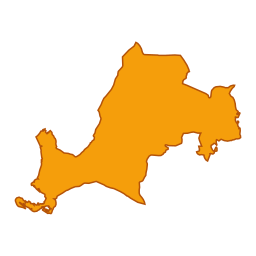 outline of Kampong Svay, Kâmpóng Thum, Cambodia
{"feature_id": "14789045B4566000056462", "entity_name": "Kampong Svay", "entity_type": "district", "adm_level": 2, "iso_a3": "KHM", "parent_name": "Cambodia", "parent_adm1": "Kâmpóng Thum", "projection": "mercator", "projection_center": [104.694, 12.753], "detail": "fine", "context": "isolated", "style": "filled", "palette": "amber", "viewbox_px": 256, "rotation_deg": 0, "n_neighbors": 0, "source": "geoboundaries", "source_scale": "gbopen_adm2", "svg_char_len": 5794}
<svg xmlns="http://www.w3.org/2000/svg" viewBox="0 0 256 256"><path d="M144.9,204.2L144.5,202.3L143.3,199.6L142.0,197.7L140.0,195.3L139.4,193.9L139.2,192.9L139.2,189.9L139.6,187.3L139.3,182.7L139.7,182.0L142.0,181.2L142.9,180.5L144.6,177.1L145.8,175.4L146.0,172.9L146.8,169.1L147.3,164.4L147.2,163.5L146.5,161.9L146.6,160.8L147.2,159.1L149.1,156.2L150.6,155.2L151.7,155.0L158.7,155.6L160.9,155.5L163.1,154.2L163.6,153.2L165.4,152.1L165.9,150.4L166.2,150.0L167.7,149.5L168.2,149.1L168.1,147.8L165.5,146.2L165.2,145.5L165.4,144.9L166.7,144.9L168.7,145.6L175.7,145.8L181.5,143.3L181.9,142.0L182.0,139.5L181.6,137.4L183.4,133.4L187.7,133.2L191.2,132.3L193.6,132.0L197.8,133.1L200.8,133.1L200.1,134.4L198.9,138.1L199.4,140.2L201.7,146.2L198.7,146.2L198.9,147.1L199.4,148.2L199.2,149.0L199.5,149.3L199.4,150.5L199.1,151.0L196.6,151.8L196.9,152.8L197.7,153.9L199.5,154.9L201.5,154.6L203.7,155.0L204.1,155.3L204.0,156.0L204.5,157.6L205.1,158.7L206.1,160.1L207.6,161.0L210.1,154.5L209.9,153.7L210.6,153.5L212.5,154.0L213.2,153.9L214.2,153.0L214.4,152.0L214.8,151.5L215.2,151.2L216.7,151.1L217.0,150.7L217.0,148.2L216.5,147.3L216.1,147.2L215.7,147.6L214.4,150.6L213.9,151.1L213.4,151.0L212.5,150.0L211.0,147.0L211.2,145.3L212.7,144.5L214.0,143.3L214.8,143.5L216.0,144.4L216.7,145.2L216.9,144.9L216.3,142.8L216.2,141.1L216.5,139.7L216.9,139.7L218.8,140.9L219.2,140.8L220.6,139.5L221.2,139.3L224.3,140.6L227.6,141.1L230.5,140.5L231.6,140.5L232.5,139.9L233.9,139.8L236.2,138.8L237.2,138.9L239.2,138.6L240.6,137.6L240.5,135.8L239.8,134.3L240.2,130.9L240.1,128.8L240.0,128.3L238.9,128.5L239.1,127.6L238.1,126.4L237.8,125.5L237.6,123.6L238.6,122.5L238.6,121.7L238.0,121.1L237.6,121.2L237.6,122.9L237.2,123.6L235.8,121.6L235.3,119.9L235.6,118.0L235.3,117.2L235.6,117.0L237.1,117.6L238.1,117.4L239.9,113.3L239.7,112.8L239.4,112.8L237.7,114.3L237.0,114.3L236.9,113.7L237.6,113.0L238.2,111.7L237.8,111.1L236.7,110.3L236.1,109.4L235.5,106.8L235.2,103.6L234.2,99.9L232.9,97.5L230.8,96.1L229.3,93.5L230.4,91.1L232.3,88.3L234.1,86.6L234.6,85.3L233.3,85.2L230.4,86.0L228.2,87.7L225.3,87.7L223.8,87.1L220.2,86.4L216.0,86.8L214.2,87.6L211.8,90.3L211.4,91.7L210.8,96.8L210.0,97.7L209.3,97.8L208.7,97.3L208.2,95.3L205.8,93.6L186.9,85.3L182.7,83.7L182.5,83.4L182.9,81.9L182.7,81.1L183.3,80.6L183.7,79.7L185.9,78.4L186.3,77.7L186.1,77.0L186.4,75.6L186.9,74.7L186.6,73.8L187.4,73.0L187.9,72.2L189.3,71.6L188.9,71.0L189.1,70.6L188.8,69.5L187.0,65.3L183.6,59.8L180.4,55.4L174.8,55.0L165.6,55.4L158.8,55.4L157.8,55.1L144.5,54.6L143.5,54.2L142.4,52.4L141.4,48.8L139.7,45.7L137.7,43.4L135.9,42.4L134.1,46.1L128.8,50.2L122.5,56.9L122.8,65.7L122.3,67.0L118.3,71.4L117.9,73.5L117.8,75.2L115.4,79.0L113.7,85.0L111.4,89.4L105.9,96.2L103.9,98.3L102.3,101.6L101.2,104.5L98.0,110.3L98.9,111.5L99.3,112.5L100.0,116.0L100.8,117.9L101.0,119.0L99.4,123.8L95.7,129.5L95.0,132.9L93.4,135.5L93.5,136.2L94.4,137.1L94.1,139.6L92.2,141.0L91.2,142.6L90.4,142.8L90.1,143.8L87.9,146.9L84.6,149.5L83.6,151.0L81.6,152.7L80.0,154.5L77.2,156.3L76.0,156.8L75.2,156.8L72.6,154.6L70.1,154.1L68.3,153.4L64.1,153.0L60.1,150.1L56.5,148.5L56.1,147.7L56.7,146.6L56.2,145.6L55.8,143.7L56.0,142.5L56.0,141.0L55.6,139.5L55.1,138.4L54.4,137.9L53.6,135.9L52.2,134.5L51.9,132.4L50.3,130.6L49.1,131.5L48.9,132.3L48.6,132.6L48.0,132.3L47.7,132.5L47.5,133.4L47.0,133.7L45.5,132.1L45.9,130.7L44.9,129.8L45.0,128.9L43.3,129.5L43.7,129.9L44.3,129.8L44.4,130.1L43.7,130.3L43.7,130.6L43.4,130.9L42.5,130.9L42.4,130.6L42.0,131.0L40.9,131.2L39.7,133.2L37.6,135.7L36.0,136.9L40.1,145.7L40.6,146.1L42.3,145.9L41.3,146.6L40.5,146.6L40.2,147.0L41.1,150.0L41.0,151.8L41.8,157.6L42.3,158.3L42.0,159.6L41.7,159.3L41.5,159.5L41.4,160.0L41.4,161.0L41.8,161.7L41.3,162.1L41.6,163.8L41.4,165.4L39.7,170.4L38.6,175.4L37.4,177.8L38.1,178.8L37.6,178.7L35.6,179.5L34.5,180.3L34.2,180.9L34.4,181.6L34.2,182.0L33.8,181.7L31.4,183.4L31.3,184.9L31.7,185.4L33.0,185.2L34.4,185.8L35.2,186.6L33.2,186.0L34.6,187.0L35.9,188.2L36.2,188.8L38.7,191.0L38.1,188.9L38.9,188.6L40.2,191.3L40.9,192.2L44.7,194.2L45.0,195.0L44.8,196.7L45.8,197.5L45.7,197.9L46.1,198.5L45.0,200.8L44.0,202.0L44.4,202.4L44.0,203.4L43.3,203.9L42.7,203.6L42.3,203.7L42.0,204.2L40.8,203.7L39.2,204.4L39.1,204.9L38.7,204.9L38.9,204.1L38.8,203.5L38.6,203.1L37.8,203.1L37.6,203.3L37.6,203.7L37.3,204.7L36.5,205.1L35.3,204.5L34.4,203.6L34.0,203.5L34.0,205.1L32.7,203.7L30.6,203.5L30.5,202.3L29.1,201.3L29.0,201.7L28.5,201.5L28.3,201.9L27.6,202.0L27.4,202.4L27.1,202.5L25.7,201.1L25.3,202.5L24.8,201.2L23.2,200.0L22.4,198.5L22.0,198.2L20.7,198.0L19.1,197.2L16.8,197.9L16.0,198.8L15.4,200.0L15.5,201.2L16.7,204.3L17.6,205.7L18.6,206.5L23.3,207.6L25.8,208.9L24.0,206.5L20.1,203.4L19.6,202.5L19.8,202.4L24.0,205.3L23.7,203.7L24.0,203.8L25.9,206.5L28.8,207.7L30.7,209.7L31.1,209.6L31.3,208.6L31.6,208.6L31.8,208.9L31.5,209.6L32.0,210.7L33.3,211.4L34.2,211.6L36.9,211.2L37.9,210.3L38.8,210.0L40.4,208.6L41.4,208.2L41.7,207.1L42.3,206.8L44.3,206.7L46.1,206.0L48.7,206.0L48.9,206.2L48.5,206.7L48.5,207.0L49.0,207.1L48.9,207.4L49.4,207.8L50.8,208.4L51.2,208.8L51.1,209.0L49.8,209.1L49.7,209.6L49.4,209.4L48.7,210.6L48.6,211.3L48.3,211.0L47.8,211.1L48.0,210.3L47.1,209.7L46.3,209.3L46.0,209.8L47.1,212.9L47.5,213.3L49.8,213.3L50.9,213.6L51.6,212.9L52.4,210.3L53.2,208.9L53.6,207.5L55.3,206.2L56.0,204.4L56.0,202.5L55.5,200.1L54.1,198.9L55.2,198.9L56.6,198.2L57.1,196.3L57.4,196.0L62.6,193.0L66.1,190.6L67.8,190.1L70.9,188.4L75.2,186.7L79.2,186.4L80.7,185.6L83.8,183.4L84.8,183.1L88.9,183.3L96.2,181.4L104.1,184.9L106.2,186.3L110.4,187.8L114.0,188.6L120.2,191.5L124.1,193.7L127.0,196.0L127.5,196.0L128.2,196.4L130.8,198.3L137.8,202.3L144.9,204.2ZM44.8,208.7L44.7,208.1L44.3,207.9L43.2,208.1L43.6,208.9L42.6,209.4L42.6,210.1L46.6,212.7L46.3,211.4L45.1,209.2L44.8,209.0L44.3,209.0L44.8,208.7Z" fill="#f59e0b" stroke="#b45309" stroke-width="1.5"/></svg>